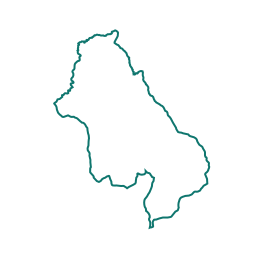 Santiago, Norte de Santander, Colombia (Natural Earth projection), rotated 150°
{"feature_id": "7082276B46652813216763", "entity_name": "Santiago", "entity_type": "district", "adm_level": 2, "iso_a3": "COL", "parent_name": "Colombia", "parent_adm1": "Norte de Santander", "projection": "natural_earth1", "projection_center": [-72.726, 7.887], "detail": "fine", "context": "isolated", "style": "outline", "palette": "teal", "viewbox_px": 256, "rotation_deg": 150, "n_neighbors": 0, "source": "geoboundaries", "source_scale": "gbopen_adm2", "svg_char_len": 5768}
<svg xmlns="http://www.w3.org/2000/svg" viewBox="0 0 256 256"><g transform="rotate(150 128 128)"><path d="M133.0,220.2L133.1,219.5L133.6,218.8L133.9,218.1L134.0,217.3L132.8,215.2L132.7,214.7L132.8,214.3L133.3,214.0L134.3,213.9L134.8,213.5L135.4,211.7L136.1,210.8L136.8,210.7L137.8,211.0L138.7,211.0L141.5,210.3L142.4,209.6L143.1,208.7L144.6,206.3L145.0,206.0L145.4,205.7L146.6,205.5L147.6,205.0L147.9,204.7L148.1,204.1L148.1,202.7L148.2,202.4L148.9,201.0L150.1,199.9L151.7,199.4L152.7,198.8L153.0,197.9L153.1,197.1L152.4,195.9L152.3,195.1L152.4,194.7L152.6,194.5L153.3,194.4L154.8,195.0L155.4,195.0L155.7,194.6L156.0,193.6L155.6,191.7L155.6,191.0L158.1,191.0L158.5,190.6L159.5,189.3L160.0,189.4L160.7,190.4L161.1,190.4L162.3,188.1L163.1,188.1L163.3,188.2L164.7,189.3L165.3,189.6L166.3,189.4L167.1,188.9L167.5,188.9L168.6,189.4L168.9,189.2L169.2,188.1L169.4,187.8L172.7,187.3L174.7,188.0L176.7,186.6L177.3,186.5L179.1,186.4L179.7,186.0L179.4,184.2L179.3,182.7L179.5,181.7L180.4,179.4L180.9,176.2L180.4,173.8L179.7,172.1L179.4,170.9L179.1,170.4L178.6,170.0L178.0,169.7L175.8,169.3L173.6,168.9L173.2,168.3L172.1,166.5L171.3,165.8L169.3,164.8L169.1,164.4L168.9,163.8L167.5,162.2L167.1,161.4L165.9,157.5L165.5,156.6L165.3,155.8L164.2,154.9L163.8,154.2L163.4,152.5L163.5,149.9L163.2,148.6L163.3,148.1L164.1,146.5L165.2,143.5L165.7,141.3L166.3,140.0L167.0,138.5L167.9,137.4L169.1,135.7L171.0,132.6L172.7,131.1L173.4,130.2L174.0,128.7L173.8,126.2L173.9,125.4L174.4,124.4L175.2,123.3L176.5,119.2L177.8,117.0L179.7,112.7L180.3,112.4L181.0,111.8L182.5,109.3L182.9,108.5L182.7,107.2L182.0,104.1L182.0,103.1L182.3,102.7L182.5,102.1L181.5,97.6L180.2,95.9L179.9,95.8L178.0,95.8L176.1,96.6L174.3,96.7L172.9,96.4L172.1,96.4L170.6,96.6L168.7,96.2L168.4,96.0L168.3,95.7L168.4,95.2L169.0,92.4L169.2,90.0L170.1,88.1L170.3,86.6L169.8,85.8L167.8,84.5L167.0,84.2L163.1,81.3L160.7,80.0L159.2,77.2L158.9,76.3L156.7,76.5L151.7,76.2L149.4,76.3L148.4,77.1L147.7,78.2L145.6,80.9L144.1,81.5L143.3,82.5L142.9,83.6L142.6,83.7L142.1,83.7L141.5,82.9L141.0,82.0L139.9,81.0L139.3,80.6L137.1,79.8L135.8,80.0L135.2,80.4L134.5,81.2L134.2,81.9L133.8,80.1L133.0,79.0L132.2,78.3L131.9,77.7L131.8,77.1L131.8,75.9L131.6,74.4L131.7,73.7L130.4,71.9L132.4,69.3L134.2,68.4L135.2,67.3L136.3,65.7L137.9,64.3L141.2,61.8L142.0,61.3L143.3,60.7L145.8,59.2L149.1,57.9L150.0,57.1L151.2,55.5L152.1,53.7L152.7,52.0L152.9,51.0L152.8,49.6L152.9,49.1L153.8,47.1L153.8,46.9L153.2,45.9L153.1,44.8L152.8,43.8L153.0,41.5L153.6,40.2L153.9,39.7L155.0,39.0L155.5,38.3L155.7,37.6L155.7,36.0L156.1,34.8L157.4,32.6L159.0,30.8L158.3,30.7L157.6,30.3L156.0,30.0L155.7,30.1L155.4,30.3L153.8,33.9L152.9,34.8L151.4,35.5L150.9,35.4L149.4,34.6L146.0,34.0L142.5,33.0L138.3,30.6L136.4,29.9L135.4,29.6L134.7,29.6L128.8,31.9L126.3,31.8L125.8,32.0L123.8,33.8L123.7,34.4L123.3,35.3L122.7,36.4L121.6,37.9L119.0,40.3L118.0,40.9L116.9,41.2L115.2,41.1L112.3,40.5L109.0,39.0L107.1,38.7L105.9,38.6L103.0,39.5L102.2,39.5L101.7,39.4L100.4,38.5L99.3,38.0L97.0,37.8L95.8,38.4L95.2,38.8L93.3,39.3L92.1,39.9L90.9,40.2L89.1,40.1L87.1,40.2L85.0,44.4L84.6,47.4L84.4,49.1L84.3,49.4L84.0,49.7L83.2,50.1L81.8,50.3L80.7,50.7L80.0,51.1L79.3,51.6L79.1,52.0L78.0,52.7L77.1,53.7L76.7,55.4L75.7,56.7L75.4,57.5L75.5,58.1L76.0,59.6L76.1,60.7L76.0,61.1L74.9,62.6L74.9,63.4L75.3,64.1L75.3,64.7L75.0,65.8L73.4,68.6L73.2,69.9L73.3,72.3L73.1,74.5L73.3,75.1L74.6,77.8L74.7,79.8L74.7,81.6L74.3,83.4L74.3,84.5L74.6,85.4L75.5,87.0L77.8,89.4L78.7,90.5L79.0,92.3L83.0,95.9L84.1,97.3L85.6,98.4L86.6,99.4L86.6,100.2L86.7,100.7L86.7,102.1L86.7,103.0L86.3,104.2L86.4,110.1L86.2,114.8L86.4,116.7L87.0,118.6L87.0,119.3L86.8,119.9L86.2,121.6L86.2,122.6L86.5,123.3L87.2,124.2L87.2,124.5L87.0,126.5L86.9,128.0L87.3,129.8L88.4,131.5L88.6,132.3L89.3,133.6L90.8,136.1L90.9,137.2L91.3,137.9L91.3,138.4L91.1,139.0L91.2,139.7L90.7,142.2L91.0,143.5L91.8,144.3L92.0,144.8L92.4,145.2L92.3,146.7L92.6,147.2L92.5,147.6L91.9,149.2L91.8,149.9L91.6,150.7L91.3,151.3L90.5,152.2L90.0,153.4L90.2,155.8L90.7,156.8L90.4,157.2L90.3,157.9L90.5,158.4L90.5,159.4L90.9,160.7L90.7,162.3L89.7,163.5L89.3,164.2L89.0,165.8L88.7,166.6L87.3,168.7L87.1,169.8L87.5,169.9L88.0,170.7L88.9,171.1L91.1,171.3L92.1,170.6L92.6,170.5L92.8,170.6L93.1,171.1L93.6,171.5L94.0,171.5L94.6,171.0L95.1,170.9L95.6,171.0L96.2,171.5L95.7,171.8L95.6,172.2L95.6,172.5L95.9,172.7L95.9,172.9L95.3,173.2L95.0,173.8L95.3,174.4L95.3,175.1L95.2,175.8L94.7,176.3L95.0,176.8L94.6,178.4L94.9,178.8L94.8,179.8L95.0,181.0L94.5,181.8L94.4,182.9L94.2,183.4L94.2,183.8L93.9,183.9L93.3,185.3L92.9,185.9L92.7,187.4L92.4,187.8L91.9,188.0L91.8,188.3L91.9,188.6L92.1,188.9L92.1,189.3L92.3,189.7L92.5,191.0L91.9,193.7L92.2,194.5L92.2,195.4L92.5,196.0L92.5,196.6L93.0,197.3L93.3,199.5L93.7,200.1L94.6,201.0L94.5,202.1L94.7,202.7L94.9,204.5L96.1,206.1L97.1,208.4L96.7,209.1L94.7,210.4L92.5,211.7L90.9,212.8L89.0,215.5L89.0,216.7L90.0,218.7L90.6,219.0L92.5,219.0L93.4,219.4L93.7,219.4L94.2,219.1L94.5,218.2L95.3,217.9L95.9,218.1L96.5,218.1L97.2,218.6L97.9,218.8L98.5,219.3L100.5,219.3L101.1,218.9L102.3,219.5L102.7,219.8L103.1,220.5L104.3,221.1L105.3,221.7L106.4,223.0L106.9,223.1L108.0,224.2L108.6,224.5L109.7,224.5L110.2,224.6L110.5,225.0L110.8,225.0L111.5,224.8L112.1,224.4L112.4,224.4L112.5,224.6L113.5,224.6L113.7,224.2L114.0,224.1L115.6,224.9L116.3,225.1L117.5,224.6L117.9,224.2L118.2,224.1L118.7,224.2L119.6,224.9L120.0,224.9L120.2,224.7L120.1,224.0L120.2,223.8L121.7,224.1L122.3,224.6L122.7,223.7L122.9,223.6L123.2,223.8L123.2,224.5L123.3,225.0L123.8,225.3L124.5,226.0L124.8,226.1L125.9,225.9L126.1,226.0L126.6,226.2L127.0,226.4L128.8,226.1L128.8,225.4L128.6,224.8L128.7,224.6L129.0,224.4L129.8,224.5L130.0,224.3L130.8,222.7L131.1,222.6L131.3,222.1L131.9,221.6L132.1,220.3L132.3,220.1L132.5,220.1L133.0,220.2Z" fill="none" stroke="#0f766e" stroke-width="2"/></g></svg>